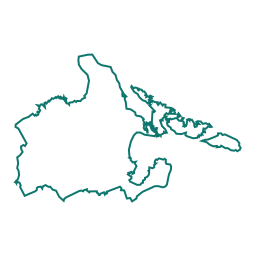 the district of Albay, Albay, Philippines
{"feature_id": "2640588B82697045094820", "entity_name": "Albay", "entity_type": "district", "adm_level": 2, "iso_a3": "PHL", "parent_name": "Philippines", "parent_adm1": "Albay", "projection": "robinson", "projection_center": [123.87, 13.255], "detail": "fine", "context": "isolated", "style": "outline", "palette": "teal", "viewbox_px": 256, "rotation_deg": 0, "n_neighbors": 0, "source": "geoboundaries", "source_scale": "gbopen_adm2", "svg_char_len": 5880}
<svg xmlns="http://www.w3.org/2000/svg" viewBox="0 0 256 256"><path d="M92.3,54.6L87.8,54.7L78.8,56.6L78.4,60.3L78.9,64.7L81.6,69.1L87.5,74.9L89.0,80.8L86.6,93.4L84.3,95.9L85.1,97.7L82.3,98.9L80.4,101.1L77.0,100.9L76.2,101.9L74.5,100.8L72.6,102.3L70.1,102.5L69.1,103.2L69.1,104.6L67.8,103.3L66.5,103.3L65.5,101.7L66.2,101.3L65.8,100.3L66.5,98.6L65.5,97.9L64.6,99.4L63.8,96.9L63.2,99.0L61.5,97.5L61.3,98.7L59.7,98.4L59.8,96.9L58.4,97.5L58.0,96.4L56.2,98.0L55.7,97.1L53.4,98.8L51.9,98.3L50.2,100.7L49.2,100.5L48.8,101.6L48.2,101.2L46.5,103.5L45.5,102.5L44.4,103.1L44.9,107.3L42.2,104.3L40.8,104.5L40.0,105.7L37.6,105.3L39.4,107.1L38.8,109.0L40.2,110.1L39.2,112.2L36.7,111.5L38.4,113.0L38.2,114.7L36.3,115.6L35.8,114.6L34.5,115.6L32.7,113.7L28.5,116.9L23.0,119.0L15.7,124.6L15.5,126.9L18.4,128.6L26.6,143.4L25.0,146.0L23.3,145.0L21.1,146.4L21.1,148.8L22.6,151.9L20.3,155.0L17.2,157.4L18.2,163.2L17.2,168.1L18.6,170.9L19.1,174.8L18.1,178.8L15.4,181.9L16.0,181.9L15.6,182.2L16.2,183.1L16.2,182.2L16.8,182.8L18.0,182.0L19.6,182.9L20.7,185.3L20.1,187.0L24.7,195.8L35.2,191.3L36.7,190.1L36.9,187.9L38.0,187.1L40.8,186.6L42.2,188.6L42.9,186.5L45.5,185.1L48.6,186.9L50.2,186.7L52.6,189.6L56.1,190.7L59.2,196.8L63.7,200.8L64.2,199.0L66.1,197.4L79.5,190.9L81.7,190.6L83.1,191.3L83.9,190.2L86.9,189.3L86.8,190.4L89.3,192.3L89.8,191.4L96.8,191.3L96.9,192.7L98.1,193.2L98.7,194.9L99.8,195.0L100.5,193.7L103.9,192.3L104.8,194.5L105.6,193.3L106.4,193.7L107.2,193.1L106.8,191.7L120.0,186.7L121.5,188.3L121.0,190.2L124.2,190.4L126.9,198.5L130.2,198.0L132.1,201.4L136.5,198.4L136.8,196.4L142.6,191.8L154.8,186.2L158.0,186.1L162.9,187.3L165.5,186.4L166.9,184.6L168.9,174.7L170.9,169.7L171.1,166.5L170.3,164.5L166.4,163.9L165.7,162.5L165.9,159.7L164.5,158.8L163.5,159.6L158.9,158.4L157.3,159.9L156.3,159.4L155.2,160.4L154.7,162.4L155.5,163.1L154.9,163.9L155.6,163.8L154.2,165.1L154.2,167.2L152.9,168.2L149.3,167.4L149.2,170.4L148.4,170.9L149.3,172.2L148.7,175.0L147.1,176.9L145.0,177.8L145.0,179.4L142.9,180.6L143.0,182.7L141.5,183.2L140.5,184.7L137.2,184.9L130.0,181.5L129.3,180.0L131.3,178.6L131.5,176.9L128.0,174.5L129.2,173.7L128.4,173.6L128.2,173.0L131.7,171.8L132.8,173.0L133.2,172.9L133.3,172.6L132.8,173.7L134.1,173.1L134.1,170.8L136.5,166.2L134.7,163.2L135.7,161.8L132.7,162.4L130.7,160.1L130.8,158.3L130.4,157.7L130.2,158.4L129.4,157.9L130.2,157.5L129.4,156.1L128.9,149.7L130.9,141.6L133.8,135.4L136.8,132.5L140.3,132.5L144.6,134.7L154.8,136.2L155.4,135.3L156.3,135.7L156.2,132.0L155.8,131.4L155.6,132.3L154.2,131.7L151.7,129.6L150.8,127.1L152.0,127.3L152.2,126.6L150.5,126.0L150.6,125.0L146.8,124.6L146.0,128.4L147.0,128.8L147.6,130.5L147.7,133.5L146.6,130.3L144.7,129.8L143.8,128.1L144.0,125.5L145.1,124.7L144.0,124.0L144.9,123.5L143.4,121.0L143.1,119.7L143.6,119.2L144.1,120.0L143.6,118.8L140.8,116.4L136.6,115.7L135.5,114.7L135.2,112.4L130.6,109.3L126.5,108.7L125.8,102.3L124.7,99.1L125.1,97.4L122.4,96.0L122.4,92.7L125.9,96.3L125.3,97.1L126.3,96.5L123.8,94.0L119.9,87.2L119.2,83.2L116.9,80.0L115.6,75.1L112.5,71.9L110.6,67.0L101.4,65.1L97.9,63.1L92.3,54.6ZM182.4,117.8L181.0,121.0L178.6,120.4L177.4,118.6L176.0,118.1L171.0,119.4L170.3,118.6L167.5,119.3L166.5,118.2L165.9,119.3L167.4,120.7L169.0,120.6L169.0,122.0L167.0,122.5L167.6,125.4L170.7,127.6L171.1,129.2L174.4,131.1L176.3,133.7L181.4,134.1L185.9,132.6L185.4,135.0L186.9,136.2L193.2,138.3L197.3,137.8L198.0,136.3L198.9,136.9L199.2,135.3L199.3,135.4L199.2,136.2L199.3,136.2L199.5,135.2L201.2,135.4L201.5,134.0L202.3,134.4L202.0,133.4L203.1,132.0L205.1,132.3L205.0,131.3L203.1,130.8L203.5,128.5L205.5,128.9L208.3,126.4L210.3,127.1L211.6,126.8L209.1,123.8L207.9,124.5L206.0,123.2L202.7,123.8L200.8,121.5L197.7,121.2L196.5,121.8L199.1,124.1L197.2,124.2L196.7,126.5L194.8,127.0L194.1,125.1L195.4,123.8L194.5,124.0L191.9,119.8L191.0,120.1L190.0,119.1L189.0,119.2L189.1,120.1L188.3,119.2L187.6,119.5L188.1,119.8L187.0,121.0L186.6,124.7L185.9,126.1L184.5,126.7L183.7,126.0L184.4,125.6L183.7,125.8L184.4,124.4L183.5,123.7L183.9,122.3L182.0,120.4L183.6,118.2L182.4,117.8ZM155.4,129.5L155.7,128.1L155.8,129.5L156.2,128.0L157.0,128.1L156.3,130.3L157.7,134.6L157.2,136.4L158.3,136.1L158.0,135.0L158.8,134.5L160.6,136.0L160.6,134.9L163.7,133.3L163.9,132.0L165.3,133.0L166.8,132.7L165.1,129.2L162.1,126.2L160.2,120.7L161.1,120.9L161.1,120.0L162.7,120.4L162.5,118.4L164.1,117.6L164.5,115.1L166.3,113.2L168.2,114.2L169.4,113.0L171.1,107.9L165.4,107.3L165.5,104.7L163.4,104.4L162.7,105.5L160.2,102.5L158.1,104.9L157.2,103.4L157.6,102.3L154.9,102.1L152.1,100.6L151.9,101.5L151.6,101.0L150.8,101.5L150.7,101.3L150.4,101.3L150.6,102.2L149.3,103.9L150.7,104.8L149.5,105.6L154.9,111.2L154.0,112.1L152.5,111.7L151.9,121.5L149.3,122.9L151.1,123.8L150.7,122.9L152.1,123.4L151.4,124.9L153.3,125.8L153.9,128.3L153.4,128.8L155.2,131.7L154.5,129.3L155.4,129.5ZM221.2,133.4L218.0,133.4L217.9,135.4L215.2,136.7L207.8,139.6L205.0,139.8L203.6,140.5L202.9,140.4L201.8,140.9L206.5,142.1L209.9,144.8L213.6,146.4L216.9,145.9L217.7,146.7L217.3,147.2L220.3,146.9L221.1,145.7L225.5,148.2L227.6,148.1L231.0,150.2L234.1,150.7L235.7,150.0L237.4,151.2L240.0,149.5L240.6,147.8L239.1,145.5L239.4,143.2L236.7,139.9L224.9,134.4L222.5,135.0L221.2,133.4ZM131.6,86.1L131.2,87.1L134.2,91.9L137.6,94.0L139.5,97.4L142.6,100.2L145.7,101.3L147.8,103.5L149.6,101.8L149.1,101.0L149.9,100.1L149.1,99.7L150.0,99.1L149.9,98.2L151.5,98.2L151.0,97.3L152.3,96.7L150.2,95.6L149.0,97.3L147.9,96.3L146.3,97.0L146.7,95.4L145.3,95.2L146.0,93.7L144.2,91.4L142.8,91.5L141.7,89.8L140.0,89.4L138.5,90.3L137.9,89.6L138.5,88.6L135.5,87.5L133.6,88.2L131.6,86.1ZM173.0,108.8L171.2,110.7L172.1,110.8L170.7,112.1L170.4,113.7L175.5,113.9L174.3,111.6L174.8,110.2L173.0,108.8ZM178.5,113.3L177.9,114.4L177.5,117.4L180.5,116.1L178.5,113.3ZM146.7,122.6L146.8,124.4L146.8,123.7L147.1,124.5L148.6,123.6L146.7,122.6ZM166.6,116.5L165.9,116.4L166.1,117.8L166.6,116.5Z" fill="none" stroke="#0f766e" stroke-width="2"/></svg>